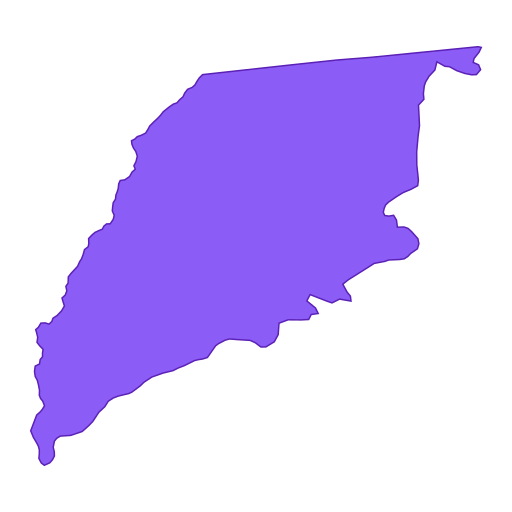 São João do Tigre, Paraíba, Brazil (Mercator projection)
{"feature_id": "56859067B66408797844540", "entity_name": "São João do Tigre", "entity_type": "district", "adm_level": 2, "iso_a3": "BRA", "parent_name": "Brazil", "parent_adm1": "Paraíba", "projection": "mercator", "projection_center": [-36.816, -8.117], "detail": "fine", "context": "isolated", "style": "filled", "palette": "violet", "viewbox_px": 512, "rotation_deg": 0, "n_neighbors": 0, "source": "geoboundaries", "source_scale": "gbopen_adm2", "svg_char_len": 2774}
<svg xmlns="http://www.w3.org/2000/svg" viewBox="0 0 512 512"><path d="M131.5,140.7L131.9,144.2L133.4,147.9L135.8,151.5L137.3,156.2L136.0,161.6L133.9,165.8L135.3,169.2L132.1,172.0L129.6,176.5L124.8,179.8L120.2,180.5L118.7,183.8L118.2,188.6L117.1,192.1L115.9,195.1L115.5,199.1L113.2,202.7L112.6,207.4L112.3,210.9L114.2,215.3L113.2,219.4L110.2,223.8L106.6,223.9L103.9,226.1L102.3,229.2L98.6,230.7L95.0,232.4L92.2,234.8L88.6,238.5L88.8,243.5L88.2,246.7L84.5,249.6L83.2,254.4L81.5,258.9L79.7,261.6L77.6,266.3L74.3,269.9L71.0,273.4L68.3,276.9L68.1,283.1L65.9,286.3L66.8,290.9L65.2,295.1L62.0,298.0L62.9,301.2L64.4,306.0L61.6,310.8L57.1,315.5L53.0,318.2L51.8,321.5L49.0,324.1L45.2,322.9L40.9,323.1L38.3,327.4L35.7,329.6L36.7,333.1L37.7,337.3L37.0,342.3L39.5,345.6L43.1,349.4L42.5,353.0L42.5,356.8L40.2,359.5L39.5,364.0L35.2,366.1L34.5,371.4L35.2,376.4L37.3,380.3L38.4,384.6L39.5,390.3L39.3,395.2L40.6,398.6L42.7,401.1L44.5,405.8L42.3,409.4L40.2,411.9L36.7,415.0L30.7,430.8L33.4,437.4L36.1,441.9L38.3,446.0L39.3,449.7L39.3,453.6L38.9,458.5L41.3,463.0L44.3,465.3L49.8,462.8L52.5,459.7L54.4,456.0L54.3,451.8L53.2,447.3L54.4,441.2L56.7,438.3L60.3,436.1L70.7,435.4L82.2,431.5L88.8,425.6L92.9,421.3L98.8,412.3L104.8,406.7L108.2,401.3L113.0,398.1L118.2,396.1L123.9,394.7L128.7,393.6L131.9,392.1L140.3,385.8L144.0,382.2L151.9,377.0L162.6,373.2L173.1,370.6L178.2,368.0L184.4,365.6L194.5,360.6L198.1,359.7L202.6,359.0L207.4,357.5L215.6,345.8L218.4,343.7L225.1,340.2L229.3,339.0L232.7,339.2L236.1,339.5L244.0,340.0L250.2,340.4L255.4,342.8L260.9,347.0L265.9,346.9L274.3,341.8L278.2,334.6L279.0,323.2L288.1,319.8L301.1,319.9L308.7,319.5L311.2,314.5L318.2,313.5L315.5,308.0L306.8,300.9L310.1,294.6L326.8,301.1L332.0,302.9L339.6,299.1L351.0,301.1L350.4,296.1L347.1,292.1L342.8,284.2L348.0,280.0L351.6,277.7L367.8,267.5L374.2,263.4L384.8,261.4L388.8,260.0L399.7,259.5L404.3,258.8L407.9,256.4L410.6,253.5L417.4,248.8L418.9,243.7L417.9,238.7L411.5,231.5L407.9,228.3L404.0,227.0L397.4,227.2L396.5,220.1L393.6,215.3L388.9,216.1L384.7,215.5L383.3,212.3L384.2,208.3L385.6,205.0L388.7,202.0L396.9,196.4L403.1,192.6L411.0,189.3L417.7,185.7L418.4,180.3L417.9,175.0L416.8,165.0L416.7,151.7L418.1,136.2L419.5,125.7L418.5,105.1L423.9,99.3L423.4,93.5L424.3,85.8L425.6,82.0L429.1,76.2L434.9,70.0L436.9,61.8L444.9,66.3L449.4,66.7L456.8,70.7L465.0,73.5L471.6,74.8L476.4,74.6L480.6,69.7L478.6,64.8L473.2,62.4L474.0,58.6L479.1,52.1L481.3,47.4L478.1,46.7L371.2,57.3L337.1,60.0L292.9,64.7L202.6,74.6L199.2,78.0L196.7,81.8L194.9,85.0L192.2,87.4L187.6,89.3L184.7,93.1L183.0,96.8L179.6,99.8L176.9,102.9L173.3,104.1L168.9,107.2L163.3,111.7L160.5,115.3L157.5,118.5L153.9,121.8L149.8,125.9L148.1,129.1L145.6,133.1L141.2,135.3L137.3,136.6L134.8,139.1L131.5,140.7Z" fill="#8b5cf6" stroke="#5b21b6" stroke-width="1.5"/></svg>